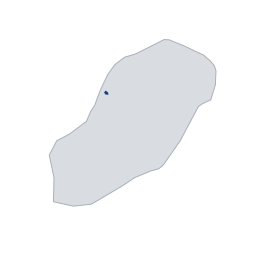 location of 40, Ad Dawhah, Qatar, rotated 220°
{"feature_id": "91078587B42486259491848", "entity_name": "40", "entity_type": "district", "adm_level": 2, "iso_a3": "QAT", "parent_name": "Qatar", "parent_adm1": "Ad Dawhah", "projection": "albers", "projection_center": [51.511, 25.262], "detail": "fine", "context": "in_parent", "style": "filled", "palette": "blue", "viewbox_px": 256, "rotation_deg": 220, "n_neighbors": 0, "source": "geoboundaries", "source_scale": "gbopen_adm2", "svg_char_len": 801}
<svg xmlns="http://www.w3.org/2000/svg" viewBox="0 0 256 256"><g transform="rotate(220 128 128)"><path d="M138.0,226.9L127.3,229.6L117.1,232.4L108.7,232.3L101.9,231.2L97.4,228.4L88.8,217.2L82.7,202.8L86.5,194.7L87.9,189.7L79.8,151.7L77.2,122.5L78.3,116.5L83.0,109.7L90.9,94.5L95.2,79.9L107.1,46.1L119.5,33.1L137.7,23.6L152.7,42.3L170.9,56.6L174.4,72.5L169.0,85.5L164.1,106.3L167.0,115.8L168.1,124.0L173.1,137.8L177.9,155.8L178.8,168.3L176.2,179.9L169.8,189.6L157.2,218.9L153.4,221.9L138.0,226.9Z" fill="#d9dde1" stroke="#a8b0b8" stroke-width="1"/><path d="M165.5,140.9L165.6,141.0L166.0,141.4L166.2,141.5L166.6,141.6L166.8,141.7L167.3,141.7L168.4,141.6L168.4,141.4L168.5,141.2L168.4,140.4L168.0,140.3L167.6,140.1L167.3,139.9L165.5,140.9Z" fill="#3b82f6" stroke="#1e3a8a" stroke-width="1.5"/></g></svg>